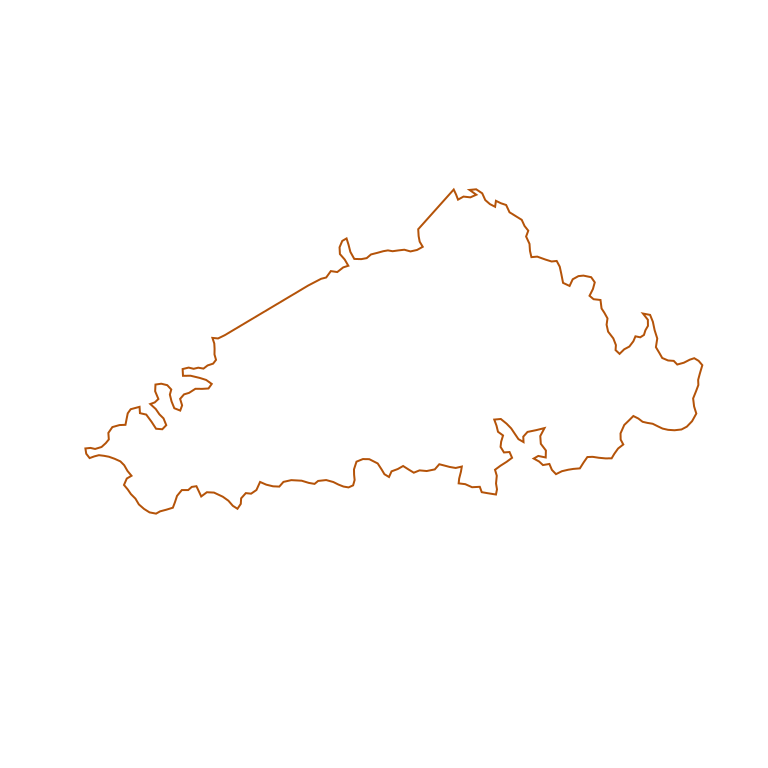 Ponte Alta do Norte, Santa Catarina, Brazil, rotated 338°
{"feature_id": "56859067B74715517564167", "entity_name": "Ponte Alta do Norte", "entity_type": "district", "adm_level": 2, "iso_a3": "BRA", "parent_name": "Brazil", "parent_adm1": "Santa Catarina", "projection": "mercator", "projection_center": [-50.427, -27.181], "detail": "fine", "context": "isolated", "style": "outline", "palette": "amber", "viewbox_px": 768, "rotation_deg": 338, "n_neighbors": 0, "source": "geoboundaries", "source_scale": "gbopen_adm2", "svg_char_len": 4105}
<svg xmlns="http://www.w3.org/2000/svg" viewBox="0 0 768 768"><g transform="rotate(338 384 384)"><path d="M282.2,450.6L286.6,449.2L294.4,451.4L300.3,455.9L304.1,460.2L308.0,463.9L312.4,466.6L317.4,466.4L320.8,462.0L322.3,456.9L324.2,451.9L329.4,445.7L336.3,445.7L342.2,448.2L348.4,455.3L349.8,462.5L350.6,467.8L353.8,472.1L358.3,467.8L364.9,468.0L371.0,467.2L374.7,472.4L378.4,477.4L384.6,477.4L391.0,480.7L399.1,482.2L405.2,479.1L409.4,482.2L413.8,485.5L419.0,488.7L425.2,489.7L422.5,494.1L418.3,499.8L416.0,504.1L421.8,507.3L427.0,512.7L434.3,515.2L434.1,520.9L439.4,524.2L446.4,528.4L449.3,524.0L450.6,518.2L454.2,511.3L454.8,505.1L461.4,503.4L468.5,502.1L475.1,500.4L474.9,494.1L469.6,492.4L468.5,486.0L471.0,481.4L475.1,476.3L471.8,471.0L472.7,464.8L472.9,458.3L479.2,460.2L482.8,466.7L485.3,472.8L486.7,479.5L488.0,485.5L491.6,490.1L493.4,485.0L499.1,482.2L507.9,483.8L516.3,485.0L509.4,490.8L507.0,498.2L509.2,506.3L506.4,512.7L500.1,508.5L494.9,509.2L498.8,514.0L501.0,518.7L507.4,520.1L507.5,526.5L509.7,532.0L516.3,531.5L522.7,532.5L527.9,533.7L534.0,535.6L539.7,531.5L545.2,527.9L550.2,529.7L555.6,532.9L561.4,535.9L567.2,538.2L571.4,535.0L576.9,531.5L583.2,529.7L582.6,524.2L584.8,518.4L591.4,512.0L597.3,509.6L603.2,507.1L606.9,511.3L609.6,515.9L613.6,518.7L618.2,521.5L622.2,526.0L625.6,529.7L630.2,532.9L636.0,535.7L642.8,537.6L648.8,537.0L655.7,533.9L662.5,528.4L663.1,521.0L665.2,513.2L670.6,507.6L675.1,502.7L676.8,497.9L680.7,492.7L686.2,485.8L684.4,480.4L681.3,476.3L676.6,476.0L670.0,476.6L663.2,475.8L661.3,471.1L656.2,468.6L651.7,464.1L651.0,458.8L649.9,451.7L654.4,444.2L655.1,435.4L656.6,427.0L656.6,419.6L650.5,415.7L652.7,423.3L650.5,429.0L646.5,432.1L643.4,435.9L639.1,436.7L635.0,434.0L631.2,437.8L625.5,441.2L619.7,441.8L613.7,444.3L611.4,439.3L613.6,434.8L613.7,427.6L611.4,419.4L612.6,412.4L615.8,406.9L615.0,400.5L614.0,395.5L616.2,387.2L610.1,383.9L607.6,379.2L613.3,374.2L617.5,368.7L616.1,362.6L609.5,358.2L604.7,356.8L598.2,357.6L592.8,362.6L587.9,357.3L589.7,348.0L590.9,341.0L590.2,334.6L585.3,333.2L580.3,329.1L573.8,323.3L568.2,321.6L569.2,315.3L571.4,308.6L571.0,300.5L575.2,295.9L573.5,290.1L573.2,283.4L569.4,278.2L564.7,271.8L564.3,263.8L560.1,260.2L556.4,256.1L553.4,261.3L549.6,256.9L546.8,251.4L546.5,244.0L542.4,238.0L536.0,236.1L540.5,243.1L534.0,243.3L527.9,240.0L521.7,240.8L521.8,235.3L521.5,229.8L473.7,253.3L471.5,259.9L470.4,265.4L471.3,271.3L464.9,272.1L458.2,271.0L453.1,267.1L447.3,265.5L441.7,264.1L437.7,261.6L433.1,260.6L427.0,259.9L420.5,259.0L415.1,260.8L409.7,259.7L403.3,256.9L402.3,248.9L403.3,241.5L403.8,235.0L398.9,235.7L394.0,240.6L391.8,247.0L394.2,253.9L395.2,261.0L389.9,260.6L382.6,262.7L377.0,259.4L370.3,263.6L365.1,262.9L350.6,264.3L254.6,279.1L247.2,279.6L242.2,277.0L241.8,282.9L240.1,287.9L237.9,293.1L237.3,298.7L233.2,301.1L227.4,300.7L222.4,302.1L217.9,299.3L213.2,298.6L209.0,295.6L202.9,294.7L200.7,301.1L207.8,303.9L215.5,309.4L220.6,313.6L224.3,319.4L219.6,322.4L213.9,320.5L207.3,317.8L199.9,319.2L194.7,318.7L189.4,321.4L188.8,328.2L185.1,332.3L180.5,327.9L180.5,320.5L181.5,313.6L184.7,309.4L182.6,303.9L177.6,300.3L171.9,298.9L169.1,305.0L169.2,313.4L164.5,315.2L159.8,315.0L163.0,321.7L164.4,328.0L166.7,333.3L166.7,340.6L161.5,342.9L155.9,340.1L154.3,331.9L152.1,323.3L146.8,319.6L148.8,313.6L139.7,312.5L135.4,315.2L132.3,319.9L129.0,325.0L123.4,323.0L116.0,322.2L110.1,326.1L108.1,332.3L103.9,334.6L98.5,336.6L91.8,336.0L87.9,333.3L83.0,331.9L81.8,337.1L83.3,342.4L88.3,342.6L93.0,343.2L97.5,345.7L101.7,348.4L106.2,352.4L110.6,357.0L112.7,362.0L113.6,368.5L115.5,374.5L110.1,375.3L105.1,380.2L106.9,385.8L108.1,391.3L110.6,397.2L111.6,403.8L114.7,409.9L118.5,415.2L124.1,418.8L128.7,418.2L135.0,419.0L141.9,419.6L145.8,415.4L150.2,410.2L156.8,406.6L162.7,409.0L167.2,407.4L171.8,408.5L172.1,413.8L172.4,419.8L179.2,418.0L185.7,421.0L192.3,428.1L196.0,433.9L198.2,440.3L201.4,444.8L206.3,441.5L208.7,436.5L215.0,433.4L219.7,435.9L226.0,434.5L232.4,428.4L237.1,433.2L242.8,437.3L248.5,439.9L254.1,437.1L262.0,438.4L271.4,442.8L277.2,447.5L282.2,450.6Z" fill="none" stroke="#b45309" stroke-width="2"/></g></svg>